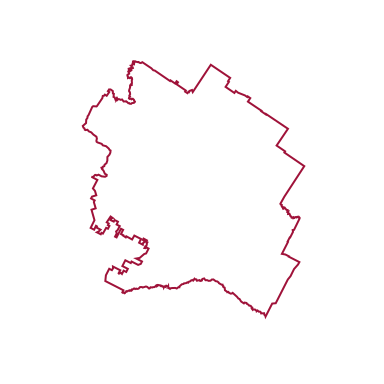 Horsham, Victoria, Australia, rotated 117°
{"feature_id": "25037944B92361056365890", "entity_name": "Horsham", "entity_type": "district", "adm_level": 2, "iso_a3": "AUS", "parent_name": "Australia", "parent_adm1": "Victoria", "projection": "robinson", "projection_center": [142.219, -36.829], "detail": "fine", "context": "isolated", "style": "outline", "palette": "rose", "viewbox_px": 384, "rotation_deg": 117, "n_neighbors": 0, "source": "geoboundaries", "source_scale": "gbopen_adm2", "svg_char_len": 6065}
<svg xmlns="http://www.w3.org/2000/svg" viewBox="0 0 384 384"><g transform="rotate(117 192 192)"><path d="M118.0,103.7L114.9,127.6L113.5,127.5L112.2,137.7L92.1,135.2L88.9,161.4L89.4,161.3L88.6,167.0L88.1,166.9L86.1,183.2L81.9,182.7L81.5,185.8L82.3,185.9L81.9,188.6L82.6,196.0L82.0,198.9L84.5,199.2L83.1,209.8L77.1,209.1L76.9,210.2L73.0,209.8L70.1,233.0L102.6,236.7L101.1,238.3L102.8,239.9L104.4,240.0L104.3,240.7L106.0,240.9L105.7,243.7L104.4,243.6L103.0,254.6L100.6,254.3L100.3,256.0L103.0,256.3L102.3,261.8L103.1,261.9L100.7,280.3L101.1,281.8L100.2,284.4L98.9,295.2L100.3,296.1L100.7,297.5L100.4,298.6L101.0,299.5L101.4,301.4L101.9,301.8L101.6,302.3L102.1,303.8L101.8,304.3L103.1,303.5L102.0,302.6L104.6,301.6L104.8,302.2L104.2,302.8L104.3,303.3L106.5,302.9L107.1,303.7L107.3,303.1L108.4,302.6L108.5,301.9L108.0,301.3L108.4,300.9L108.9,301.3L108.9,302.1L109.9,301.9L109.8,303.3L110.9,304.4L112.1,303.5L111.9,302.5L111.1,302.0L111.3,301.4L113.2,302.4L113.7,303.3L115.1,301.7L116.9,302.7L117.8,302.3L118.0,301.7L119.5,300.8L118.8,300.2L118.8,299.1L117.7,298.9L117.4,298.2L118.1,297.5L117.9,297.1L119.0,296.4L120.0,296.3L122.3,294.9L123.7,295.3L123.6,294.5L123.9,294.2L125.5,295.4L127.1,294.6L130.0,294.2L131.0,293.6L131.0,293.1L131.6,292.4L133.0,291.5L134.5,291.6L135.1,290.6L136.0,291.0L137.2,290.7L137.4,289.8L136.5,288.7L136.9,288.0L135.8,287.1L136.2,285.6L137.0,285.0L137.3,283.9L137.8,283.8L138.9,284.2L140.1,285.9L141.1,286.3L141.6,287.6L141.3,288.2L141.8,289.0L141.2,290.9L141.4,291.5L141.1,291.9L142.4,294.0L141.3,296.3L142.3,297.5L142.3,298.9L142.7,299.8L143.9,300.3L143.7,300.6L144.2,300.8L142.6,301.1L142.2,301.7L144.3,302.3L142.8,304.0L142.9,305.1L140.0,306.2L140.1,307.2L138.0,308.4L137.6,311.1L138.4,312.0L138.3,312.4L140.3,312.7L140.5,311.1L145.0,311.7L144.8,313.8L146.0,314.0L146.9,315.1L149.1,314.5L158.6,315.7L159.1,315.9L160.4,319.0L161.5,319.5L170.5,319.1L172.0,319.4L173.5,318.8L175.5,319.1L178.7,317.7L182.7,319.3L183.9,318.0L184.2,316.6L185.2,315.8L185.2,315.0L184.0,313.4L184.8,311.5L184.6,308.8L185.6,306.0L186.1,302.3L187.6,301.0L189.9,300.4L190.6,299.7L190.7,298.6L190.1,294.3L190.9,292.7L190.2,289.3L191.1,285.8L191.9,284.7L192.0,283.4L194.1,282.6L196.2,282.5L199.2,283.3L202.4,281.7L205.1,281.3L207.4,282.3L208.8,281.9L210.0,283.0L210.9,282.7L211.5,283.6L212.0,283.1L211.6,282.5L212.6,282.1L213.1,280.6L215.3,277.9L215.4,275.8L216.5,275.4L217.9,276.4L219.1,279.7L219.0,283.1L220.5,284.4L220.4,285.4L220.8,286.1L223.6,287.0L224.1,288.5L224.2,281.8L233.8,281.9L235.1,278.9L238.4,275.8L241.5,279.0L243.6,279.0L243.7,274.9L245.5,274.9L250.3,270.4L253.4,273.5L261.4,266.1L270.0,266.0L270.0,262.1L265.7,262.2L265.8,261.1L267.0,261.1L267.1,256.4L269.5,257.2L271.1,258.4L271.1,254.1L269.5,254.1L269.5,252.5L262.9,252.2L262.9,250.2L259.7,250.2L259.7,251.9L257.9,251.9L257.7,254.2L250.8,253.4L251.2,250.9L251.8,251.7L254.0,251.7L253.9,248.3L252.1,248.3L252.1,244.5L255.2,244.4L255.2,240.9L259.7,241.0L261.6,241.7L263.0,240.3L266.7,240.3L266.7,238.6L257.0,238.6L257.0,236.2L261.7,236.2L261.7,233.8L262.1,233.8L262.5,230.4L261.3,230.4L261.5,223.8L257.0,223.6L257.0,216.1L261.2,216.1L261.3,211.9L259.7,212.4L258.9,212.2L258.2,211.4L257.0,211.4L257.0,214.0L255.5,214.0L255.6,210.2L257.1,210.2L257.1,208.9L258.5,208.9L259.4,208.4L260.9,208.2L261.4,208.9L263.5,208.9L263.1,207.8L262.1,207.4L262.1,205.0L267.6,205.0L268.9,206.4L274.5,208.7L276.6,211.5L276.6,205.0L279.3,205.0L281.4,206.9L281.4,214.3L283.1,214.3L283.1,220.4L289.6,220.4L289.6,214.3L293.1,214.3L293.1,217.2L296.8,217.2L296.3,218.6L297.9,220.0L297.7,220.5L294.3,220.4L294.3,228.6L295.9,227.7L298.0,227.9L298.0,230.9L305.3,230.9L310.7,228.8L310.7,208.5L313.9,208.5L313.1,208.1L312.7,206.7L312.9,206.2L312.6,205.9L311.8,206.1L310.7,205.2L310.1,205.4L309.8,204.4L309.0,204.0L308.2,203.2L308.3,202.7L307.6,202.5L307.7,201.4L307.0,201.0L306.1,201.3L305.8,200.7L304.2,199.8L304.3,198.6L303.4,197.9L303.4,197.1L302.9,196.3L302.3,195.7L300.3,195.1L299.4,193.4L299.5,192.6L297.1,190.1L296.9,188.8L297.5,186.4L296.9,185.9L295.7,185.7L295.1,184.0L294.6,183.7L293.7,182.2L292.0,181.6L292.3,180.7L291.4,180.2L290.8,180.9L290.3,180.3L289.8,178.5L289.9,177.4L289.5,177.4L289.3,176.1L289.7,175.7L289.5,174.7L289.7,174.3L289.3,174.1L289.7,173.8L288.8,173.8L288.7,173.0L288.5,173.3L288.3,172.9L287.2,172.5L287.2,170.4L286.8,170.4L288.3,169.5L288.0,168.7L288.3,168.5L288.3,167.7L287.8,167.7L286.7,166.3L285.1,163.4L284.9,161.8L283.0,160.9L282.6,160.0L281.8,160.3L278.9,159.2L277.8,157.8L277.1,157.7L275.8,155.8L274.6,155.2L274.6,154.3L273.3,154.0L272.2,152.9L271.0,152.6L270.3,151.6L270.4,150.9L269.6,151.0L269.3,150.6L268.2,150.4L268.6,149.6L268.0,149.0L267.9,148.4L268.8,147.3L267.1,145.3L267.5,144.5L267.1,144.1L267.2,143.7L266.3,143.0L265.6,143.4L264.7,143.2L263.5,141.9L264.3,140.4L264.4,139.6L263.7,138.7L263.6,136.8L262.6,135.2L261.0,134.6L260.2,133.2L260.7,130.4L260.2,128.8L260.5,127.3L261.0,126.6L261.1,124.7L261.1,123.3L260.7,122.7L261.7,121.8L261.6,121.4L262.5,120.8L262.4,119.5L264.6,118.0L264.9,115.6L265.3,115.1L264.5,114.2L265.0,113.4L265.0,111.4L264.3,110.4L263.4,110.0L264.9,104.4L265.9,102.2L265.7,101.2L267.3,98.5L267.7,95.2L266.7,95.0L266.1,93.1L266.7,92.4L266.8,90.5L267.3,89.5L266.8,88.1L267.3,86.8L268.2,86.3L267.9,85.7L269.0,85.3L269.4,84.4L268.8,84.3L268.1,82.3L268.4,81.7L268.3,80.8L268.9,80.3L267.8,79.8L268.3,78.2L267.7,77.1L268.0,76.0L268.8,75.3L267.3,72.7L268.3,72.0L268.8,71.3L268.7,70.7L269.6,69.9L255.0,69.9L253.1,66.9L226.4,66.9L222.3,66.0L214.3,66.1L208.5,64.6L205.7,64.5L205.7,76.4L205.3,76.4L205.3,80.4L206.3,83.8L193.0,83.8L192.9,84.3L188.1,84.3L188.0,83.9L181.7,83.9L180.2,85.0L179.4,83.9L166.8,84.1L166.1,84.4L165.8,85.2L166.4,85.1L166.3,86.9L167.2,87.3L167.1,88.0L167.7,88.8L168.6,88.9L169.4,89.8L168.6,90.4L169.4,91.1L169.2,91.6L169.5,91.8L168.8,92.6L168.9,93.2L167.2,95.2L168.0,96.4L166.6,96.9L166.6,97.8L165.3,97.5L165.5,98.5L164.7,98.7L165.0,99.8L164.1,101.8L165.0,102.6L163.9,102.9L164.2,104.0L164.7,104.1L164.1,104.7L164.3,105.1L164.0,105.6L162.7,106.2L162.9,107.2L162.4,107.9L154.3,107.6L118.0,103.7Z" fill="none" stroke="#9f1239" stroke-width="2"/></g></svg>